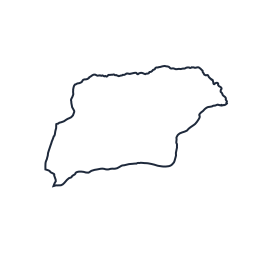 the district of Tilisca, Sibiu, Romania, rotated 214°
{"feature_id": "2599482B81731395938028", "entity_name": "Tilisca", "entity_type": "district", "adm_level": 2, "iso_a3": "ROU", "parent_name": "Romania", "parent_adm1": "Sibiu", "projection": "orthographic", "projection_center": [23.764, 45.562], "detail": "fine", "context": "isolated", "style": "outline", "palette": "slate", "viewbox_px": 256, "rotation_deg": 214, "n_neighbors": 0, "source": "geoboundaries", "source_scale": "gbopen_adm2", "svg_char_len": 5765}
<svg xmlns="http://www.w3.org/2000/svg" viewBox="0 0 256 256"><g transform="rotate(214 128 128)"><path d="M173.3,47.5L171.6,48.0L170.2,48.4L169.0,48.5L168.1,48.3L167.7,48.1L166.7,48.1L165.6,48.3L164.5,48.4L163.8,48.5L163.2,48.3L162.7,47.4L159.2,44.8L158.1,43.5L158.0,41.4L157.6,39.4L157.3,38.2L155.6,40.2L154.2,41.1L151.6,43.0L150.6,44.7L150.1,46.8L149.6,50.8L148.9,53.4L147.6,55.1L147.4,55.6L147.4,57.0L147.0,58.1L146.2,59.7L146.1,60.7L146.3,61.3L146.1,62.2L145.9,62.6L145.2,63.5L144.3,64.4L143.3,65.1L142.2,65.8L140.3,66.8L137.9,67.6L136.3,68.6L135.7,69.0L135.2,70.1L134.4,72.0L132.3,74.6L130.6,76.2L129.2,77.6L128.0,78.8L126.5,80.0L124.9,80.8L123.6,81.2L122.2,81.9L120.9,82.9L119.6,84.4L118.4,85.4L117.0,86.3L116.0,87.0L114.5,88.6L113.4,90.7L112.2,93.2L111.4,94.1L110.3,95.0L108.0,97.5L107.0,98.6L103.9,101.1L102.1,102.6L101.3,103.0L100.5,104.3L99.8,104.9L99.0,105.3L98.0,106.3L96.4,107.2L94.4,108.3L93.3,109.0L91.7,109.9L88.4,111.3L85.7,112.3L82.4,113.3L81.0,113.9L77.7,115.5L76.0,116.6L75.1,117.2L72.9,119.1L72.0,120.2L71.4,121.3L71.2,121.8L70.9,123.4L70.7,125.2L71.0,126.7L72.3,130.6L72.8,132.0L73.3,132.7L73.9,133.5L74.3,134.0L74.9,135.4L75.9,137.8L76.4,139.1L77.2,140.2L77.6,140.9L78.4,142.0L79.6,142.7L80.0,143.2L81.4,145.8L82.4,147.0L82.6,147.7L82.8,149.6L82.7,150.5L82.1,152.4L80.8,154.4L79.0,156.7L77.8,158.6L77.7,158.8L77.3,161.4L76.6,163.6L75.1,167.4L74.6,168.9L74.3,171.7L74.3,174.8L74.4,176.1L74.7,177.2L75.4,178.1L76.1,178.5L76.4,179.1L76.4,179.9L76.2,181.5L75.3,184.2L75.1,185.7L74.9,186.8L74.2,188.8L73.3,190.2L72.5,190.9L71.2,192.1L70.2,193.2L70.1,193.6L70.0,193.8L69.5,194.4L69.1,194.6L68.8,195.0L68.4,195.2L68.2,195.5L67.8,196.0L67.6,196.4L67.0,197.2L66.6,197.6L66.1,197.6L65.9,197.8L65.6,197.9L65.4,198.0L65.2,198.1L64.8,198.1L64.5,198.3L64.1,198.4L63.5,198.7L63.3,198.8L63.4,199.1L63.5,199.4L63.4,199.5L63.0,199.5L62.5,199.6L62.1,199.7L62.0,199.9L61.9,200.2L61.6,200.5L61.0,200.8L60.7,201.2L60.3,201.8L60.3,202.0L60.0,202.6L59.9,203.0L59.7,203.7L60.0,203.9L60.3,203.9L60.6,204.1L60.7,205.1L61.5,205.7L62.5,206.0L63.0,206.4L63.2,206.9L63.5,207.3L64.0,207.7L65.0,208.0L67.0,208.1L68.1,208.4L69.1,209.2L70.0,209.6L71.3,209.8L71.8,210.3L72.1,210.9L72.4,211.8L72.3,212.4L72.5,213.0L72.9,213.4L73.9,213.7L74.5,213.7L75.4,213.6L76.2,213.6L76.5,213.7L77.3,214.0L77.5,214.2L77.5,214.3L77.7,214.7L78.2,215.3L79.0,215.4L79.6,215.2L80.0,214.8L80.6,214.0L80.7,213.7L80.9,212.7L81.1,212.5L81.4,212.4L81.7,212.5L82.1,212.7L82.5,213.2L82.8,213.5L83.7,214.3L84.6,215.1L85.1,215.2L85.3,215.1L85.5,214.8L86.2,214.8L86.6,215.1L87.5,215.0L87.9,215.1L88.3,215.3L89.0,215.3L89.9,215.7L91.1,216.4L92.0,216.2L92.3,215.8L92.9,215.2L94.5,214.9L95.2,215.2L96.0,215.7L97.0,216.0L97.5,216.3L98.2,217.2L100.2,217.5L100.9,217.7L102.9,217.8L103.7,217.6L104.5,217.0L105.5,215.9L106.2,215.3L107.4,215.0L107.9,214.7L108.3,214.4L109.1,214.0L109.5,213.1L109.8,212.7L110.3,212.4L110.8,212.4L111.2,212.3L111.6,212.1L112.5,211.5L113.2,210.8L113.5,210.4L114.0,209.4L114.2,209.1L114.6,208.7L115.1,208.4L115.9,207.8L117.2,206.4L117.7,206.1L118.3,205.8L118.9,205.5L119.5,204.9L120.3,204.2L121.1,203.6L121.5,203.4L123.1,203.0L123.7,202.8L124.3,202.4L124.7,202.1L125.2,201.6L125.8,201.3L126.5,201.2L126.8,201.3L127.9,201.5L128.4,201.5L129.5,201.2L131.0,200.4L131.6,200.2L132.2,200.0L133.3,199.0L134.1,198.2L135.6,196.4L136.3,195.9L136.8,195.2L137.3,194.7L138.0,194.3L138.4,193.9L138.7,193.4L138.8,192.9L138.8,192.4L138.7,191.8L138.8,191.5L139.1,191.0L139.7,190.2L139.8,189.4L139.9,188.6L140.4,187.4L141.4,186.5L141.5,186.2L141.5,185.8L141.4,185.4L141.5,185.1L141.5,184.9L141.8,184.5L142.3,184.0L143.2,183.3L143.4,183.0L143.8,182.3L144.4,182.1L145.5,181.9L146.5,181.7L147.4,181.4L148.4,180.7L149.1,179.9L149.5,179.3L149.6,178.7L149.8,178.2L150.1,178.0L150.5,177.9L150.8,178.0L151.3,178.2L151.8,178.3L152.3,178.2L152.7,177.9L153.5,177.3L155.2,175.5L155.6,175.0L155.9,174.8L156.2,174.5L156.6,173.9L156.8,173.8L157.6,173.5L158.1,173.2L158.6,173.1L158.9,172.9L159.3,172.5L159.7,172.3L159.9,171.9L160.0,171.4L160.6,170.3L161.1,169.7L162.0,169.2L162.4,168.2L163.4,167.4L163.7,167.0L164.1,166.4L164.4,166.1L164.7,165.8L165.0,165.7L165.6,165.7L166.1,165.4L166.4,165.4L167.0,165.4L167.5,165.2L168.1,164.6L168.4,164.5L169.6,164.5L170.2,164.0L170.6,163.5L171.1,163.2L172.2,162.3L172.9,161.7L173.5,161.4L173.7,161.2L173.9,161.0L173.9,160.5L174.1,160.0L174.1,159.6L174.2,159.1L174.3,159.0L174.6,158.6L175.0,158.5L175.4,158.5L175.7,158.5L176.0,158.4L176.3,157.9L176.5,157.6L177.0,157.5L177.5,157.4L178.4,157.4L178.7,157.1L179.1,156.7L179.4,156.3L179.9,156.3L180.2,156.2L180.6,155.8L181.1,155.7L181.4,155.4L181.7,155.1L182.3,154.5L182.8,154.2L183.6,154.1L184.3,154.0L185.0,153.9L185.8,153.4L186.2,153.1L186.5,152.7L187.0,151.9L187.7,150.0L188.3,148.7L188.5,148.3L188.4,147.4L188.7,147.0L188.8,146.4L189.1,145.9L189.6,145.3L190.1,144.8L191.3,143.9L192.0,143.0L192.2,142.1L192.1,141.1L192.1,140.3L192.4,139.6L193.1,138.4L193.5,137.9L194.8,136.7L195.3,135.9L195.8,134.8L196.3,134.3L196.3,133.7L196.3,132.8L196.1,132.1L195.9,131.4L195.4,130.2L195.1,129.4L194.4,128.4L193.7,127.2L192.3,125.5L192.0,124.7L191.5,122.6L191.3,120.6L190.9,119.3L189.8,118.2L188.9,117.0L186.7,114.8L185.9,114.0L183.7,112.9L182.4,112.2L182.0,111.9L181.7,111.4L181.5,111.0L180.7,107.7L180.9,106.4L181.1,105.3L181.3,104.8L182.3,103.1L183.1,101.9L183.9,100.2L184.8,97.9L185.6,96.7L186.7,95.3L187.4,94.5L187.9,94.0L188.1,93.4L188.2,93.0L188.4,92.5L188.8,92.2L189.1,91.8L189.6,91.1L189.1,90.2L188.0,88.5L187.5,87.7L187.0,86.2L186.5,84.8L185.1,81.8L184.7,80.5L184.8,80.0L184.9,79.5L184.7,78.9L184.3,77.4L183.9,75.6L183.7,74.5L182.9,71.9L182.5,70.3L181.8,67.8L181.0,64.9L180.3,62.6L179.8,61.6L179.1,60.3L178.4,58.2L177.9,56.9L177.5,54.9L177.2,53.8L176.6,52.5L174.9,49.8L173.3,47.5Z" fill="none" stroke="#1e293b" stroke-width="2"/></g></svg>